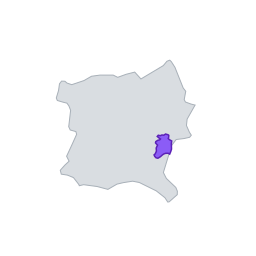 Štrpce on a map of Kosovo (Natural Earth projection), rotated 311°
{"feature_id": "KOS-5914", "entity_name": "Štrpce", "entity_type": "District", "adm_level": 1, "iso_a3": "XKX", "parent_name": "Kosovo", "parent_adm1": "", "projection": "natural_earth1", "projection_center": [20.995, 42.226], "detail": "fine", "context": "in_parent", "style": "filled", "palette": "violet", "viewbox_px": 256, "rotation_deg": 311, "n_neighbors": 0, "source": "natural_earth", "source_scale": "10m", "svg_char_len": 1525}
<svg xmlns="http://www.w3.org/2000/svg" viewBox="0 0 256 256"><g transform="rotate(311 128 128)"><path d="M78.2,96.8L89.5,93.4L91.1,91.0L88.6,85.7L90.1,82.4L103.7,73.1L105.9,68.9L106.7,65.6L104.9,62.1L102.4,56.6L103.6,54.2L110.7,51.0L116.4,47.3L119.8,47.1L121.9,49.7L121.9,52.5L123.8,57.1L128.0,59.6L135.0,63.7L143.1,66.5L149.5,72.1L158.2,82.1L159.5,87.0L167.4,91.4L174.6,96.4L173.5,105.6L198.3,113.7L203.9,113.6L206.6,115.0L206.5,117.1L204.6,123.6L194.4,143.4L193.6,147.5L186.3,151.8L185.3,154.3L187.4,159.8L189.3,163.6L189.2,163.6L173.5,166.8L168.2,170.5L165.1,177.1L164.1,180.5L161.4,180.6L156.8,177.2L150.9,171.9L143.4,172.4L117.6,183.9L115.1,190.0L114.5,203.1L112.7,206.7L110.0,208.9L99.3,207.5L98.2,206.6L99.6,201.6L99.1,190.6L94.3,172.3L90.9,166.4L83.8,160.4L78.4,156.5L68.5,153.1L63.6,143.1L56.1,131.7L52.5,129.1L53.1,128.0L54.8,119.4L52.7,113.2L49.4,107.9L51.7,104.6L58.6,104.7L64.3,105.3L66.4,100.2L78.2,96.8Z" fill="#d9dde1" stroke="#a8b0b8" stroke-width="1"/><path d="M146.9,169.5L144.7,170.9L141.7,173.7L140.6,174.7L138.3,175.7L135.6,176.6L135.3,174.9L133.6,173.0L131.8,172.0L130.1,171.6L127.6,171.3L124.8,170.4L123.9,168.7L124.1,166.8L124.8,165.3L125.8,165.5L127.4,165.2L129.2,164.6L130.2,163.6L131.4,162.4L134.5,161.5L134.6,159.9L134.8,158.5L136.0,157.9L138.2,158.5L139.9,159.7L141.0,159.7L140.8,157.9L140.8,155.6L142.4,155.6L143.4,157.4L145.0,158.2L146.0,159.7L148.1,160.3L149.2,162.7L149.2,163.6L147.8,164.7L146.4,165.3L146.4,167.1L146.9,169.5Z" fill="#8b5cf6" stroke="#5b21b6" stroke-width="1.5"/></g></svg>